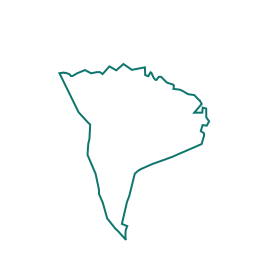 Santa María Jaltianguis, Oaxaca, Mexico (Albers equal-area conic projection), rotated 141°
{"feature_id": "50627088B4458408307451", "entity_name": "Santa María Jaltianguis", "entity_type": "district", "adm_level": 2, "iso_a3": "MEX", "parent_name": "Mexico", "parent_adm1": "Oaxaca", "projection": "albers", "projection_center": [-96.545, 17.361], "detail": "fine", "context": "isolated", "style": "outline", "palette": "teal", "viewbox_px": 256, "rotation_deg": 141, "n_neighbors": 0, "source": "geoboundaries", "source_scale": "gbopen_adm2", "svg_char_len": 1189}
<svg xmlns="http://www.w3.org/2000/svg" viewBox="0 0 256 256"><g transform="rotate(141 128 128)"><path d="M54.8,105.0L55.1,103.9L55.8,111.9L60.1,116.6L62.1,122.1L63.7,125.3L68.1,129.8L65.8,131.9L65.5,133.1L69.2,138.8L69.7,143.3L70.1,146.9L72.0,148.4L75.7,147.4L76.5,148.6L76.4,151.1L75.1,156.2L75.5,157.1L79.7,155.5L81.3,158.3L76.7,164.5L88.4,170.8L91.3,180.6L100.8,180.2L103.7,187.6L110.1,186.5L113.8,185.9L114.6,189.0L117.2,191.1L122.2,193.7L125.0,200.1L133.4,202.6L138.0,203.2L139.6,204.2L139.7,206.9L140.4,207.8L141.5,209.9L143.0,211.0L143.0,211.5L146.8,213.7L156.5,171.2L155.6,156.8L155.2,154.5L164.9,143.7L168.4,141.1L172.9,136.4L176.4,132.5L182.0,112.8L189.3,98.5L192.1,94.8L194.7,85.6L201.1,70.7L201.1,63.4L201.2,57.9L200.7,54.6L200.0,42.3L199.1,44.2L198.6,44.9L198.1,45.5L195.2,48.9L193.9,50.1L190.3,52.3L190.5,52.6L193.1,57.3L175.3,71.2L169.9,74.3L159.2,82.4L151.5,88.2L146.7,88.4L144.1,88.0L141.0,87.2L131.8,84.7L128.7,83.6L111.4,77.6L105.3,76.0L100.4,74.6L80.9,69.2L77.9,71.3L73.9,74.0L72.9,75.1L72.3,76.2L73.4,79.8L68.2,83.3L65.4,80.3L60.8,82.1L60.4,87.1L55.0,93.9L57.1,96.8L60.6,93.2L66.9,98.2L55.6,100.3L54.8,105.0Z" fill="none" stroke="#0f766e" stroke-width="2"/></g></svg>